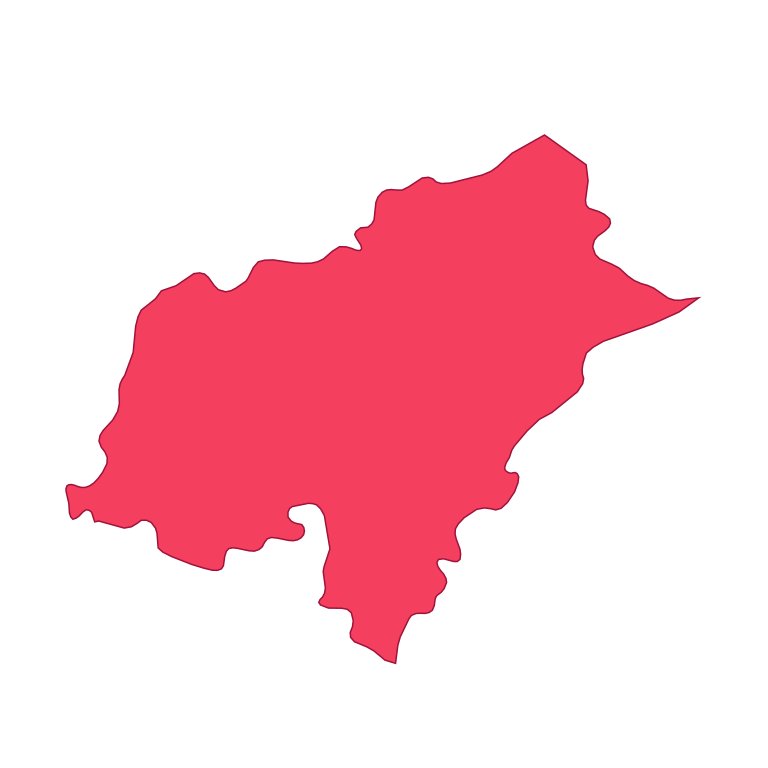 map outline of Buzau (Albers equal-area conic projection), rotated 100°
{"feature_id": "ROU-314", "entity_name": "Buzau", "entity_type": "County", "adm_level": 1, "iso_a3": "ROU", "parent_name": "Romania", "parent_adm1": "", "projection": "albers", "projection_center": [26.856, 45.281], "detail": "fine", "context": "isolated", "style": "filled", "palette": "rose", "viewbox_px": 768, "rotation_deg": 100, "n_neighbors": 0, "source": "natural_earth", "source_scale": "10m", "svg_char_len": 3398}
<svg xmlns="http://www.w3.org/2000/svg" viewBox="0 0 768 768"><g transform="rotate(100 384 384)"><path d="M212.7,202.3L219.7,198.5L223.4,193.3L226.5,180.4L229.1,172.4L235.3,162.7L238.7,155.5L240.5,148.0L241.1,141.7L242.8,134.8L250.1,119.1L251.0,112.5L250.0,106.2L247.9,101.0L244.5,89.0L261.8,105.9L278.2,129.9L303.9,175.5L311.5,184.5L318.4,190.1L329.6,191.6L335.2,191.4L339.9,190.3L344.0,188.3L349.1,188.4L358.1,192.2L383.0,213.8L391.8,224.9L405.3,234.9L422.1,244.7L426.8,246.6L434.7,247.8L440.5,250.0L444.5,250.6L447.1,250.2L448.8,248.4L449.6,246.0L449.9,244.3L449.6,242.7L448.9,241.3L448.4,239.3L449.2,237.2L452.1,235.2L458.1,234.9L467.6,236.7L479.3,241.9L486.1,247.1L488.6,252.1L488.3,256.9L488.6,263.7L491.4,271.0L501.8,281.9L508.8,286.5L514.2,288.5L519.3,288.0L524.0,286.0L533.5,280.5L538.2,279.0L543.5,278.7L546.1,281.0L546.7,284.7L545.8,294.9L547.3,299.9L550.7,300.9L554.3,299.3L557.8,296.0L560.9,292.2L564.7,289.2L568.5,287.9L575.0,289.2L579.3,291.6L583.2,295.3L586.5,296.3L593.5,296.0L598.4,297.1L601.2,299.9L602.8,303.7L603.4,308.0L604.4,312.5L607.1,316.8L611.0,318.7L630.2,324.1L638.9,325.0L657.1,324.1L655.8,335.0L648.5,347.8L645.8,355.5L643.0,368.3L639.3,372.9L634.5,374.1L628.5,372.9L622.4,373.2L614.9,376.5L612.2,381.1L612.2,386.9L614.3,399.8L612.7,408.1L610.4,410.3L607.5,409.6L604.4,407.5L600.3,406.2L595.0,406.3L579.3,411.3L574.4,411.3L555.7,408.6L523.9,419.9L518.0,424.7L514.7,429.4L514.2,433.4L514.6,437.6L520.6,453.0L523.1,455.4L527.0,456.3L531.7,455.4L535.1,451.6L536.3,448.2L536.6,444.6L536.7,440.6L539.2,438.1L542.7,436.8L546.4,437.0L549.9,439.0L552.5,442.1L554.1,446.2L554.6,450.8L554.3,462.2L554.7,468.3L556.8,472.1L560.6,474.1L565.4,475.6L568.7,478.3L571.1,482.6L571.7,488.1L571.3,499.4L571.5,504.2L573.0,508.2L576.1,510.2L581.2,510.9L590.9,510.6L594.3,512.0L596.4,515.5L597.2,520.7L596.6,529.9L595.1,541.9L590.9,562.9L588.0,572.6L584.7,577.9L570.2,581.7L565.8,583.9L560.8,589.1L559.4,594.3L560.4,599.5L564.2,603.0L568.5,608.0L571.0,614.8L568.5,641.1L570.0,645.0L561.2,649.6L559.7,652.1L559.5,655.4L562.2,658.2L566.6,661.1L569.5,663.8L571.2,666.9L569.4,669.3L565.6,671.4L556.4,673.6L545.1,678.4L542.4,679.0L539.5,678.6L538.0,677.0L537.3,674.4L537.4,671.3L538.1,667.9L538.4,664.1L537.7,660.2L535.5,656.3L531.7,652.4L526.3,648.9L519.9,645.8L510.6,643.0L504.3,643.8L499.4,647.0L495.4,651.4L489.7,654.8L484.0,654.7L478.5,652.5L466.6,644.9L457.2,641.5L449.5,641.2L435.4,644.0L429.5,643.9L424.7,642.6L420.5,640.8L396.5,636.5L370.1,638.6L360.5,637.9L353.4,635.9L339.9,623.9L330.9,619.4L323.3,605.8L308.3,590.4L306.6,584.8L306.9,579.7L309.5,575.5L316.7,568.1L319.9,563.5L320.7,555.9L318.7,550.9L315.5,546.7L306.6,537.7L303.2,536.2L292.0,532.9L285.5,529.0L282.8,523.0L281.0,514.5L280.4,493.2L279.4,485.3L277.6,476.5L275.2,470.7L271.5,465.4L262.2,457.9L256.5,451.6L255.5,444.9L256.1,439.4L257.1,434.8L256.7,430.7L254.7,429.5L251.4,430.8L244.8,436.8L241.8,438.8L238.6,438.0L234.3,434.2L232.4,427.1L228.6,423.9L224.1,422.3L206.5,423.5L201.0,422.4L195.5,419.1L192.5,415.1L191.3,410.9L190.9,406.1L189.9,399.8L185.6,394.0L174.5,382.2L172.7,376.1L173.5,371.5L176.0,367.6L176.6,362.3L174.6,353.6L161.2,323.7L156.0,315.6L150.5,310.2L134.5,298.0L110.9,269.2L133.0,223.0L148.5,218.3L168.0,217.5L172.8,216.0L175.4,212.7L177.0,202.0L178.7,196.4L182.3,190.4L186.3,188.9L190.4,189.9L194.3,192.6L201.6,199.5L206.0,201.8L212.7,202.3Z" fill="#f43f5e" stroke="#9f1239" stroke-width="1.5"/></g></svg>